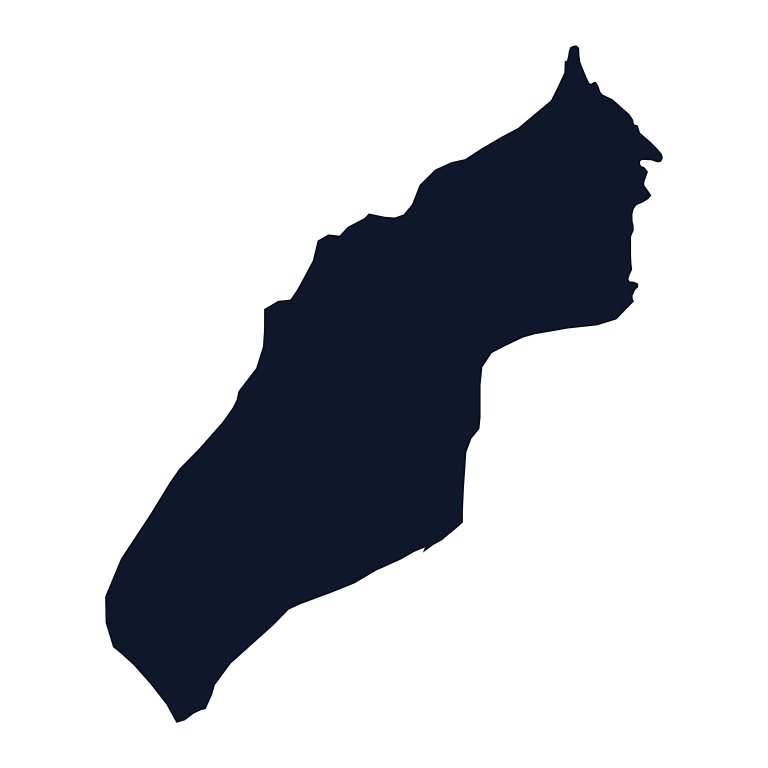 the district of Tchien, Grand Gedeh, Liberia
{"feature_id": "62588387B79134287051190", "entity_name": "Tchien", "entity_type": "district", "adm_level": 2, "iso_a3": "LBR", "parent_name": "Liberia", "parent_adm1": "Grand Gedeh", "projection": "natural_earth1", "projection_center": [-8.022, 6.011], "detail": "fine", "context": "isolated", "style": "filled", "palette": "ink", "viewbox_px": 768, "rotation_deg": 0, "n_neighbors": 0, "source": "geoboundaries", "source_scale": "gbopen_adm2", "svg_char_len": 2235}
<svg xmlns="http://www.w3.org/2000/svg" viewBox="0 0 768 768"><path d="M176.8,721.9L182.2,720.3L183.3,720.0L184.7,719.5L193.2,713.0L200.0,709.7L205.1,708.4L211.3,694.7L214.1,684.8L230.0,663.2L251.8,643.6L252.6,642.9L272.9,624.7L288.2,609.0L299.5,603.7L333.6,591.0L354.5,582.5L360.6,578.9L375.4,570.1L390.3,563.4L401.4,558.4L413.8,551.2L426.3,546.0L424.5,550.5L432.7,544.4L441.2,539.8L449.1,533.2L457.0,526.7L462.1,522.1L462.2,509.7L463.2,488.0L463.3,486.1L465.6,452.0L470.7,438.3L478.7,428.5L479.8,417.0L479.8,404.2L479.8,392.3L479.8,385.2L481.6,366.9L491.2,352.5L503.6,346.0L522.8,336.8L532.9,334.0L534.1,333.6L567.4,327.8L595.8,324.7L596.8,324.6L616.0,318.7L633.1,301.1L632.3,300.5L631.7,295.7L634.7,289.1L637.4,286.9L637.4,284.1L633.8,282.5L628.9,282.1L627.6,279.1L629.0,274.5L631.4,269.4L630.7,263.6L630.3,254.8L630.3,236.4L633.0,230.1L632.9,225.7L631.8,221.4L631.7,214.0L633.0,208.7L636.0,204.5L642.2,201.9L647.6,198.6L650.4,195.5L647.1,190.5L645.9,188.9L643.6,185.7L643.4,182.3L647.1,171.8L644.1,168.0L640.6,166.5L639.3,164.1L639.3,161.1L641.7,159.1L651.4,159.5L657.1,161.5L660.4,161.2L662.1,157.9L661.2,154.4L656.5,149.0L650.7,143.0L639.3,133.1L637.2,126.1L633.4,125.0L632.3,119.8L628.7,114.5L622.7,109.3L612.4,100.1L601.9,95.0L599.6,92.0L597.6,86.1L595.4,82.6L593.9,82.8L591.6,84.5L589.0,84.1L585.7,77.5L579.5,62.2L578.6,54.6L578.4,48.3L576.0,46.1L572.2,47.0L570.8,47.9L569.5,51.6L568.9,56.0L567.9,60.2L566.8,61.9L565.5,61.9L565.1,72.9L557.1,89.9L551.5,101.0L537.3,112.8L528.0,120.6L518.7,128.5L502.8,136.9L486.7,146.3L483.6,148.0L465.5,159.8L451.4,163.0L450.4,163.5L442.7,167.0L435.6,170.2L420.3,185.3L412.7,204.6L404.2,215.0L395.1,218.3L392.1,218.1L385.0,217.6L377.1,216.0L369.2,214.3L364.6,218.9L348.3,227.4L339.8,236.5L328.5,235.2L318.3,241.1L313.5,261.1L312.5,262.9L301.7,283.0L301.3,283.7L297.9,289.9L297.6,290.5L290.8,300.3L278.4,301.6L266.8,308.4L264.9,309.5L264.8,329.8L263.7,346.8L256.9,368.4L248.7,379.1L240.8,389.4L239.1,391.7L237.3,400.2L233.4,408.0L226.6,417.7L223.2,422.4L199.5,449.3L180.2,468.9L178.5,471.3L170.1,483.3L151.1,514.4L121.7,558.9L105.9,596.9L106.4,622.4L106.7,623.6L113.7,646.7L121.0,652.6L134.0,664.4L150.9,683.4L167.2,704.4L176.8,721.9Z" fill="#0f172a" stroke="#020617" stroke-width="1.5"/></svg>